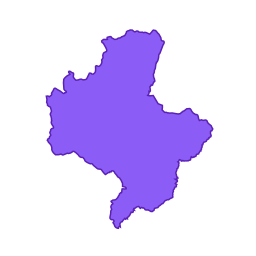 Navakholo, Western, Kenya, rotated 343°
{"feature_id": "3690345B67128862820985", "entity_name": "Navakholo", "entity_type": "district", "adm_level": 2, "iso_a3": "KEN", "parent_name": "Kenya", "parent_adm1": "Western", "projection": "natural_earth1", "projection_center": [34.674, 0.39], "detail": "fine", "context": "isolated", "style": "filled", "palette": "violet", "viewbox_px": 256, "rotation_deg": 343, "n_neighbors": 0, "source": "geoboundaries", "source_scale": "gbopen_adm2", "svg_char_len": 5808}
<svg xmlns="http://www.w3.org/2000/svg" viewBox="0 0 256 256"><g transform="rotate(343 128 128)"><path d="M57.1,97.9L57.2,98.7L56.3,99.9L56.1,100.9L56.4,102.9L57.0,104.8L57.0,105.5L56.6,106.2L54.6,106.4L53.6,107.0L53.2,108.0L52.0,109.3L51.9,110.1L52.1,112.3L50.2,113.7L49.7,114.8L48.1,115.1L47.2,116.2L47.7,117.3L47.7,118.2L49.1,121.1L49.4,122.3L49.4,124.5L48.8,126.5L48.8,127.6L49.3,129.5L49.9,130.8L50.9,132.4L54.1,133.3L56.0,133.3L56.6,133.6L57.3,134.5L58.2,134.8L62.1,134.4L62.9,134.5L63.6,135.0L65.9,135.1L67.7,134.6L68.5,134.2L69.5,134.6L70.9,136.3L72.5,139.0L73.1,140.7L73.6,141.5L74.5,142.3L76.1,142.9L76.5,143.5L77.2,145.3L77.3,146.9L77.8,147.7L79.1,149.2L80.8,150.7L81.5,151.2L82.9,151.5L83.4,152.0L84.0,153.6L86.4,157.3L87.1,158.2L87.8,158.6L89.7,159.4L90.4,160.2L91.0,162.1L92.0,164.5L92.4,165.3L92.9,165.9L96.0,164.9L97.5,165.2L97.9,164.5L99.3,165.0L99.8,164.3L101.0,164.5L101.5,165.0L102.0,165.8L102.2,167.1L103.5,170.2L103.8,171.5L104.6,172.6L105.3,173.2L106.3,176.6L106.2,177.6L106.6,178.4L106.4,180.0L105.7,182.3L108.0,183.7L108.6,184.4L108.5,185.5L107.3,185.4L104.6,184.5L104.0,185.6L103.3,187.4L102.8,188.0L102.2,187.7L100.5,188.6L100.1,189.5L98.7,190.5L98.1,191.3L96.6,192.3L95.6,192.8L94.4,192.9L92.3,192.5L91.5,192.9L90.7,192.9L90.3,193.4L90.7,194.4L91.3,195.3L91.3,196.1L89.8,196.7L88.8,197.9L88.5,198.7L88.6,201.0L87.3,202.3L86.4,204.8L84.7,208.0L84.4,209.1L84.7,210.0L85.3,210.8L86.6,211.2L87.2,211.8L87.4,212.5L87.3,213.3L86.1,213.9L86.1,214.8L86.5,215.6L86.7,218.2L87.1,219.2L87.6,219.9L88.7,220.8L89.5,221.1L89.8,220.3L90.3,219.9L91.1,219.5L91.7,220.3L92.2,217.1L94.3,215.7L95.2,215.9L95.7,215.2L98.6,213.5L99.0,214.5L100.1,214.1L100.9,214.7L101.1,213.4L102.6,213.0L104.4,211.7L105.1,210.8L105.8,210.3L106.3,209.4L107.1,209.6L107.8,210.1L108.5,209.7L108.9,208.9L109.2,207.9L110.0,208.4L109.8,207.5L110.0,206.7L110.9,206.8L112.0,206.6L112.8,206.1L115.0,206.0L115.6,206.6L115.7,207.6L116.5,208.5L117.3,207.9L118.0,208.0L118.5,208.7L119.2,208.7L120.3,210.0L120.4,211.0L121.0,211.5L122.5,212.1L123.2,212.1L125.6,214.6L127.1,215.0L127.7,214.5L128.7,214.4L129.9,212.6L133.3,212.8L135.0,211.6L136.0,211.4L138.4,210.3L139.2,210.5L142.1,208.4L144.9,208.1L145.9,208.5L147.4,207.9L150.2,207.5L150.7,207.2L151.0,205.4L151.4,204.8L151.6,203.8L152.0,202.8L152.8,202.2L152.9,201.2L153.5,200.3L154.7,199.6L155.1,198.6L155.8,198.2L156.6,198.4L157.3,197.8L157.5,196.5L158.1,196.2L157.0,195.0L158.6,193.8L159.5,193.7L159.8,192.8L159.8,192.0L159.1,192.0L158.2,190.8L159.1,191.0L160.3,190.3L161.0,190.5L161.1,189.7L160.4,189.1L160.4,188.1L160.6,186.9L160.5,185.0L162.4,182.4L162.9,181.2L163.7,181.2L164.4,180.2L165.6,178.8L165.7,177.8L166.6,176.3L165.8,174.9L166.7,174.7L167.9,173.3L169.1,174.1L169.3,175.2L170.1,175.4L170.9,175.1L171.9,176.0L172.6,176.0L174.9,176.7L176.3,177.0L177.1,176.7L177.8,176.9L178.5,176.7L179.5,174.7L180.1,174.0L180.7,174.9L181.3,175.2L182.0,174.7L182.6,175.2L183.4,174.8L184.5,175.0L185.8,173.3L188.0,173.4L188.4,172.7L190.5,171.0L191.1,171.2L191.4,170.2L192.2,169.6L192.3,168.7L193.1,168.1L193.6,167.0L193.8,165.9L194.7,165.9L195.1,164.9L196.5,163.7L197.3,163.8L198.9,163.6L200.5,162.0L201.5,162.1L202.3,161.8L202.4,161.0L204.7,160.5L205.3,159.5L205.3,157.2L205.9,155.5L206.6,155.0L207.3,155.2L208.8,153.7L208.4,152.0L208.2,150.1L206.2,147.2L205.7,145.5L205.7,144.4L205.1,143.4L204.4,143.0L202.1,142.7L200.5,141.6L198.5,141.7L198.2,139.9L198.5,137.3L198.4,136.1L197.7,135.2L196.8,135.0L196.3,134.6L195.6,133.7L194.9,133.1L193.9,130.8L193.5,128.7L193.2,128.0L192.6,127.4L189.7,126.8L186.5,128.1L185.6,128.0L184.9,128.5L184.0,128.6L182.0,129.6L181.1,129.3L180.3,129.4L174.5,126.5L172.0,125.9L171.2,125.4L170.5,125.3L169.2,124.2L167.6,123.8L165.9,120.6L166.9,118.5L167.5,116.4L163.9,113.6L161.6,104.3L158.2,103.6L156.4,102.6L157.8,101.6L158.5,100.2L158.8,99.1L159.5,99.7L160.2,99.1L160.7,96.9L160.8,95.1L161.5,94.9L162.8,93.6L163.2,94.2L164.1,94.1L164.5,93.4L166.1,91.5L166.8,91.5L167.4,91.0L167.6,88.6L167.4,86.9L168.0,83.9L169.1,82.9L169.8,81.5L170.1,80.6L171.5,79.1L173.3,75.1L174.1,74.2L174.4,73.4L175.2,73.3L176.3,72.1L177.8,69.7L179.0,66.7L179.8,66.3L180.5,65.7L185.9,58.7L186.7,58.1L187.4,57.2L187.7,56.4L187.6,55.5L187.0,55.0L186.3,54.8L185.7,54.2L185.5,53.3L185.8,51.2L185.0,47.3L184.3,46.1L183.3,43.6L182.8,42.8L180.8,41.8L180.1,42.1L178.6,43.2L176.2,44.6L173.1,41.9L171.9,41.4L171.0,41.5L169.5,40.4L168.8,40.4L167.0,39.7L166.2,39.1L165.8,38.2L164.4,37.8L162.8,38.1L162.0,37.6L160.7,35.6L158.6,34.9L157.9,35.1L155.7,35.1L154.7,35.5L154.1,36.6L152.1,38.5L151.2,38.8L150.4,38.7L149.4,39.0L148.6,38.9L147.8,39.3L146.6,39.5L144.8,39.2L143.8,39.7L142.6,39.7L141.0,39.3L139.0,37.2L138.6,36.6L138.5,35.8L137.6,35.3L134.7,35.2L134.2,35.9L134.2,37.2L133.1,37.0L130.9,36.2L130.3,36.2L128.3,37.0L128.1,38.1L128.4,38.9L129.0,39.4L129.3,40.2L130.3,44.8L130.5,46.8L130.3,47.8L129.7,48.5L127.1,48.9L126.3,49.4L125.1,51.2L124.7,53.4L124.2,54.0L122.7,55.2L122.4,57.2L121.7,58.3L120.4,59.7L118.8,60.5L117.9,60.5L117.1,60.0L116.3,59.3L115.6,59.2L114.9,59.7L114.2,62.4L113.4,64.4L112.7,65.2L112.2,65.6L110.5,66.3L109.4,66.0L108.8,65.0L108.0,64.5L107.1,64.3L103.3,68.4L102.7,69.0L101.9,69.2L100.1,69.1L99.1,68.8L97.6,67.6L96.5,67.4L95.5,67.3L94.7,67.5L92.2,67.1L91.6,66.1L90.7,63.8L90.7,62.9L91.8,60.5L91.8,59.5L90.7,58.7L89.1,56.8L88.2,56.5L87.6,57.0L87.5,57.8L88.0,58.7L88.1,59.7L85.1,60.3L83.4,61.0L81.7,61.9L80.8,62.7L79.5,65.9L78.2,71.7L78.1,72.5L78.5,73.4L79.0,74.3L79.6,74.9L79.5,75.7L78.7,76.0L77.8,75.8L77.0,76.2L76.2,76.0L73.9,72.8L71.9,70.8L70.6,69.2L69.9,68.6L69.1,68.6L68.5,69.0L67.4,70.3L65.0,72.4L64.9,73.5L64.3,74.2L61.9,75.1L61.4,74.5L60.7,74.0L59.2,73.7L58.8,77.2L57.7,79.6L58.0,81.6L57.6,82.5L58.3,83.8L59.5,84.9L59.9,85.6L59.8,88.7L59.6,89.8L57.8,91.8L57.6,92.6L57.8,94.1L57.6,96.2L57.5,97.1L57.1,97.9Z" fill="#8b5cf6" stroke="#5b21b6" stroke-width="1.5"/></g></svg>